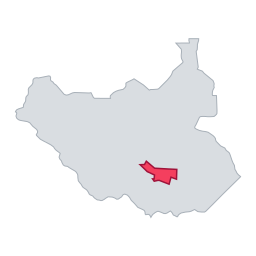 location of Terekeka, Central Equatoria, South Sudan
{"feature_id": "79223893B10688999436649", "entity_name": "Terekeka", "entity_type": "district", "adm_level": 2, "iso_a3": "SSD", "parent_name": "South Sudan", "parent_adm1": "Central Equatoria", "projection": "mercator", "projection_center": [31.189, 5.687], "detail": "fine", "context": "in_parent", "style": "filled", "palette": "rose", "viewbox_px": 256, "rotation_deg": 0, "n_neighbors": 0, "source": "geoboundaries", "source_scale": "gbopen_adm2", "svg_char_len": 3743}
<svg xmlns="http://www.w3.org/2000/svg" viewBox="0 0 256 256"><path d="M214.5,202.6L206.2,210.9L205.6,211.4L204.6,212.0L201.3,212.0L197.8,211.6L194.6,209.5L191.4,211.1L189.4,211.7L188.1,211.8L185.3,212.1L181.2,213.0L179.4,214.1L178.4,215.0L177.6,216.6L177.2,216.8L176.4,216.6L175.4,215.9L173.3,215.0L172.2,212.9L171.2,211.7L170.3,211.0L166.9,213.1L165.3,213.6L163.9,213.5L161.4,212.4L158.7,211.4L157.3,211.4L155.1,212.6L152.7,214.5L151.5,216.3L150.9,217.4L150.1,215.7L149.3,214.7L148.1,214.3L145.8,214.7L145.2,214.1L145.1,212.7L144.8,211.4L144.2,210.4L142.4,209.4L137.9,207.4L134.4,203.4L132.6,201.6L131.3,200.4L129.5,197.3L127.4,195.1L124.8,194.1L123.2,194.6L121.5,196.9L118.2,199.1L116.7,199.2L114.8,198.0L112.4,197.1L108.1,196.8L106.4,197.8L104.0,199.5L102.1,200.5L100.8,200.6L99.7,200.2L98.4,200.0L97.3,199.9L95.0,198.4L93.8,197.3L93.0,196.2L91.7,195.5L90.2,194.9L89.1,193.9L88.6,192.7L87.7,191.2L86.6,189.8L83.1,187.4L82.0,185.9L81.3,184.5L79.9,182.9L78.3,180.8L77.9,177.7L77.8,175.3L77.5,174.1L76.8,173.0L76.1,172.0L74.8,170.9L72.0,169.3L69.0,167.5L67.6,166.4L64.9,166.0L63.3,165.0L62.0,162.6L61.4,160.8L60.0,159.3L59.5,158.3L59.1,157.1L60.2,153.4L58.7,152.1L56.3,150.4L54.6,148.6L53.6,146.9L50.6,144.7L44.1,141.3L40.3,139.2L38.3,137.2L36.5,135.4L36.3,134.6L37.5,132.7L37.6,131.2L36.7,129.5L32.8,126.3L29.7,122.7L27.3,121.6L21.6,120.6L20.0,120.3L18.3,119.6L16.6,118.0L16.0,116.1L16.8,113.1L16.3,112.2L15.4,111.9L15.6,111.3L16.7,109.8L18.5,108.9L23.2,107.4L23.4,106.8L23.5,104.9L23.9,104.0L25.5,101.4L25.7,100.3L25.8,98.1L26.0,97.1L26.5,96.3L27.8,95.0L28.2,94.2L28.4,92.5L28.3,89.2L28.9,87.8L31.9,84.8L32.7,83.4L33.0,82.2L32.9,80.9L33.1,79.7L34.0,78.5L34.7,78.1L36.9,77.7L38.4,78.0L48.8,75.9L50.0,76.2L50.6,77.4L50.5,79.4L50.7,80.4L51.3,81.0L52.9,82.0L54.0,83.6L54.7,84.1L56.3,85.2L64.1,94.3L66.2,95.1L68.3,94.8L72.5,92.9L74.6,92.5L89.3,93.0L91.0,92.7L91.1,92.8L93.3,97.3L94.4,98.3L110.5,98.4L110.2,97.1L110.4,95.6L113.2,92.9L113.7,92.5L116.1,91.2L118.6,90.3L123.2,89.3L125.0,87.6L125.9,86.1L125.9,83.2L126.5,82.7L127.7,82.0L133.1,79.4L134.0,78.8L143.5,85.0L148.9,89.8L149.2,90.0L149.5,90.1L149.8,90.0L150.0,89.7L150.7,89.5L153.0,89.5L157.3,89.2L158.7,88.7L167.4,80.0L169.7,77.2L170.2,76.6L171.5,74.7L172.8,71.3L173.1,70.9L182.6,62.7L183.0,62.1L183.0,61.6L181.6,58.8L181.3,57.4L181.2,55.3L181.5,51.9L181.4,49.8L181.3,49.2L181.2,49.1L175.9,43.1L189.4,43.0L189.4,42.3L189.3,42.0L189.1,41.3L188.9,40.4L188.9,39.8L189.0,39.3L189.0,39.1L189.0,38.8L189.0,38.7L198.7,38.7L198.6,40.5L197.4,44.5L197.4,46.9L197.2,49.6L196.8,50.4L196.3,51.1L196.2,51.4L196.2,51.7L198.2,67.0L198.0,67.7L197.5,68.6L197.4,68.9L197.3,69.2L197.5,69.3L202.0,71.0L202.4,71.2L204.0,73.2L212.8,80.4L213.1,80.8L214.0,83.1L214.1,83.4L214.1,84.0L214.1,84.4L213.9,85.7L213.9,86.4L214.1,86.8L214.2,87.2L214.2,87.4L214.1,87.7L212.8,90.3L212.4,92.2L212.3,93.8L212.3,94.7L212.5,95.3L212.6,95.5L216.5,95.6L216.5,96.4L217.0,110.1L217.0,111.7L216.9,113.6L216.4,114.4L215.3,115.5L214.0,116.5L210.6,116.7L207.8,116.7L205.7,116.5L203.0,116.4L200.4,116.6L199.4,117.4L196.0,124.7L194.9,126.5L194.7,127.6L195.0,128.2L196.3,129.1L199.3,130.4L202.6,131.2L205.1,131.5L206.9,131.9L208.2,132.3L213.0,135.6L214.5,137.1L215.4,138.5L215.6,139.9L216.2,141.4L220.6,145.9L224.8,148.0L226.3,150.5L227.9,151.6L229.3,152.9L230.1,154.8L231.9,160.2L233.1,163.1L234.4,165.4L234.9,169.3L235.9,170.9L236.9,173.0L238.5,174.9L240.3,176.3L240.6,176.7L222.6,194.4L214.5,202.6Z" fill="#d9dde1" stroke="#a8b0b8" stroke-width="1"/><path d="M176.5,179.2L176.8,169.4L168.3,169.0L154.6,168.2L146.3,161.2L144.5,164.5L140.1,164.7L146.0,170.4L147.2,171.6L154.5,175.0L154.1,178.9L152.6,178.9L154.2,181.2L157.9,180.4L159.3,180.4L169.1,184.2L171.0,177.2L176.5,179.2Z" fill="#f43f5e" stroke="#9f1239" stroke-width="1.5"/></svg>